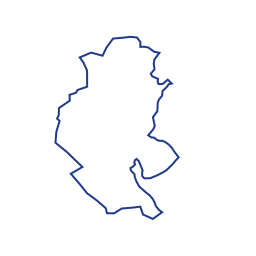 outline of Chimbay, Karakalpakstan, Uzbekistan, rotated 226°
{"feature_id": "79887680B3643857389786", "entity_name": "Chimbay", "entity_type": "district", "adm_level": 2, "iso_a3": "UZB", "parent_name": "Uzbekistan", "parent_adm1": "Karakalpakstan", "projection": "robinson", "projection_center": [59.5, 43.045], "detail": "fine", "context": "isolated", "style": "outline", "palette": "blue", "viewbox_px": 256, "rotation_deg": 226, "n_neighbors": 0, "source": "geoboundaries", "source_scale": "gbopen_adm2", "svg_char_len": 1371}
<svg xmlns="http://www.w3.org/2000/svg" viewBox="0 0 256 256"><g transform="rotate(226 128 128)"><path d="M167.8,65.6L153.3,67.3L131.6,68.1L134.8,55.1L122.3,54.4L109.5,53.2L97.9,55.2L85.8,56.3L81.3,53.7L76.3,58.7L74.4,67.6L67.6,75.9L62.9,82.2L55.3,78.7L45.4,82.7L43.7,94.0L47.3,93.4L52.5,93.8L56.3,95.5L59.8,96.5L64.4,96.8L69.7,96.1L77.9,95.4L83.9,97.0L88.7,99.2L90.2,100.6L93.4,100.5L95.6,100.6L97.5,102.0L96.8,104.4L96.9,107.9L98.9,108.5L100.0,110.6L99.8,112.6L96.9,112.8L93.1,111.4L89.8,110.0L87.2,109.0L86.2,107.3L83.5,104.8L80.4,104.8L76.4,109.2L73.6,116.3L71.6,123.1L70.9,126.7L71.0,135.0L71.5,139.8L71.7,144.1L78.2,144.8L83.5,145.8L88.0,145.8L92.4,144.9L95.2,143.7L96.5,142.1L98.9,140.6L103.1,140.0L104.9,138.3L108.7,137.5L109.5,145.1L110.8,148.6L118.5,153.5L119.7,160.7L122.8,164.1L125.2,166.6L127.0,170.0L127.5,175.0L130.6,178.5L130.6,184.6L131.2,187.8L129.6,190.3L135.2,190.2L135.6,183.6L138.4,180.5L140.9,181.7L142.5,183.7L148.4,181.3L151.2,182.1L151.8,187.8L156.3,191.1L158.9,194.5L160.3,202.8L164.7,199.8L171.9,198.5L175.2,196.1L177.8,193.2L181.2,196.6L186.9,197.3L191.9,193.1L195.4,188.4L202.7,179.4L200.8,168.4L197.7,159.9L207.8,153.9L212.3,142.3L206.3,141.5L197.8,138.5L186.1,127.3L190.4,118.1L189.5,115.0L192.5,109.0L188.1,105.1L190.3,92.2L185.4,87.2L184.0,83.5L180.6,83.7L175.1,73.9L167.8,65.6Z" fill="none" stroke="#1e3a8a" stroke-width="2"/></g></svg>